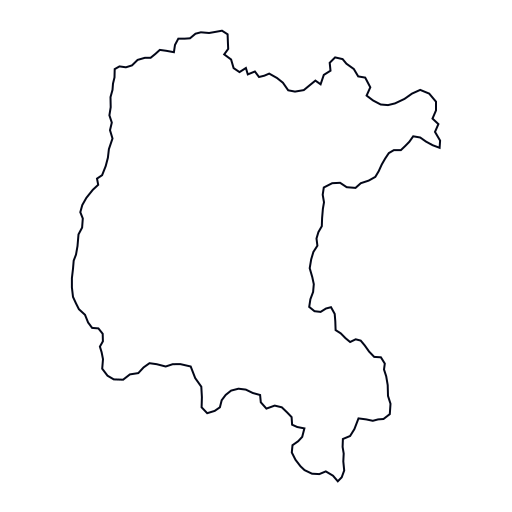 the district of Virgolândia, Minas Gerais, Brazil
{"feature_id": "56859067B35408041837441", "entity_name": "Virgolândia", "entity_type": "district", "adm_level": 2, "iso_a3": "BRA", "parent_name": "Brazil", "parent_adm1": "Minas Gerais", "projection": "natural_earth1", "projection_center": [-42.302, -18.462], "detail": "fine", "context": "isolated", "style": "outline", "palette": "ink", "viewbox_px": 512, "rotation_deg": 0, "n_neighbors": 0, "source": "geoboundaries", "source_scale": "gbopen_adm2", "svg_char_len": 2780}
<svg xmlns="http://www.w3.org/2000/svg" viewBox="0 0 512 512"><path d="M389.8,414.1L390.5,403.8L388.0,395.9L387.7,385.1L386.2,376.3L384.0,369.5L384.8,363.6L380.9,357.3L374.2,356.9L369.1,351.6L364.7,345.4L360.7,340.6L355.7,339.3L350.1,342.0L345.4,338.1L340.8,333.4L335.6,330.1L335.3,321.4L334.7,313.9L331.0,307.2L326.0,308.5L320.6,311.9L314.5,311.2L309.2,306.9L310.4,299.2L313.1,292.0L313.8,284.2L312.3,277.2L309.7,268.2L311.2,259.3L313.4,251.9L317.4,245.7L316.5,238.5L318.4,232.1L321.8,226.2L322.1,218.0L322.9,208.7L324.0,202.3L322.7,194.7L323.8,187.5L332.2,183.2L340.1,182.8L346.7,187.2L355.5,187.9L360.8,183.2L368.7,180.6L375.3,176.9L378.7,171.2L381.8,164.4L385.2,158.5L388.8,153.1L393.9,150.1L400.9,150.1L405.1,146.1L409.3,141.8L413.2,136.3L420.2,137.5L426.0,141.6L432.6,145.2L439.6,147.8L440.1,140.6L435.0,131.9L438.4,124.1L432.5,118.6L436.0,110.4L436.0,101.7L429.2,93.6L420.2,89.9L412.0,93.6L404.5,98.9L395.0,103.4L388.0,105.1L380.7,104.5L373.1,100.5L366.6,95.6L370.3,87.3L365.2,77.6L358.2,76.4L353.8,69.0L346.4,63.7L342.6,59.1L335.1,57.4L329.7,62.8L330.5,70.7L323.8,74.9L320.6,84.3L315.4,80.6L310.0,85.0L303.8,90.1L295.0,91.6L288.2,90.3L282.9,82.7L277.0,78.0L269.2,73.6L264.3,75.7L259.0,77.0L254.9,71.5L247.8,74.4L245.9,68.0L239.5,72.1L233.6,68.1L231.1,59.5L224.2,54.4L228.2,48.9L227.9,42.3L227.6,34.3L222.0,30.7L215.9,31.8L209.1,33.0L200.9,32.3L195.5,33.7L190.0,38.3L184.2,38.7L178.3,38.7L175.0,44.9L173.9,52.2L166.3,50.8L159.8,49.9L155.4,53.9L150.6,57.8L144.9,57.8L137.6,59.9L132.0,65.4L125.9,67.3L119.5,66.4L114.7,69.1L114.5,77.4L113.0,83.6L112.5,89.9L110.5,97.1L110.7,107.2L109.4,115.3L111.8,122.6L110.0,130.2L112.5,138.5L108.9,149.1L107.9,157.7L105.7,166.1L102.1,175.2L97.0,178.6L98.2,184.8L92.8,189.8L86.4,197.8L82.3,205.0L80.3,212.2L82.8,218.5L82.1,227.6L78.5,234.4L77.5,246.1L76.0,254.6L73.7,260.6L73.0,268.8L71.9,278.1L71.9,287.4L73.0,296.9L75.8,303.0L78.9,309.2L85.0,314.8L88.1,322.5L92.1,327.9L98.4,328.4L102.7,333.8L102.9,341.3L99.9,346.6L101.6,352.2L103.0,359.2L102.2,368.7L107.5,375.7L113.8,379.4L123.1,379.7L129.9,374.4L138.3,373.1L143.6,367.4L149.5,363.2L156.7,364.2L165.7,366.5L172.7,364.2L180.3,364.1L190.7,366.5L195.2,378.1L201.3,386.7L201.9,397.2L201.6,407.3L207.2,413.2L214.7,410.9L219.9,407.3L221.7,400.2L225.7,394.9L231.1,390.6L238.5,388.7L245.8,389.6L252.8,393.0L260.1,395.0L260.8,402.3L266.4,408.6L274.7,405.6L281.8,407.3L287.1,412.4L291.6,417.1L292.1,424.7L297.2,427.0L304.4,428.4L302.2,436.9L298.2,441.2L292.5,445.2L291.8,452.5L295.5,459.8L300.5,466.3L304.5,470.1L312.0,473.7L319.3,474.1L325.8,471.4L333.0,475.7L337.8,481.3L341.7,477.3L344.2,470.5L343.3,461.4L343.7,453.6L342.6,446.9L342.9,439.0L350.1,436.0L354.4,429.1L358.5,418.4L366.2,419.4L372.8,420.8L378.1,419.4L383.5,419.0L389.8,414.1Z" fill="none" stroke="#020617" stroke-width="2"/></svg>